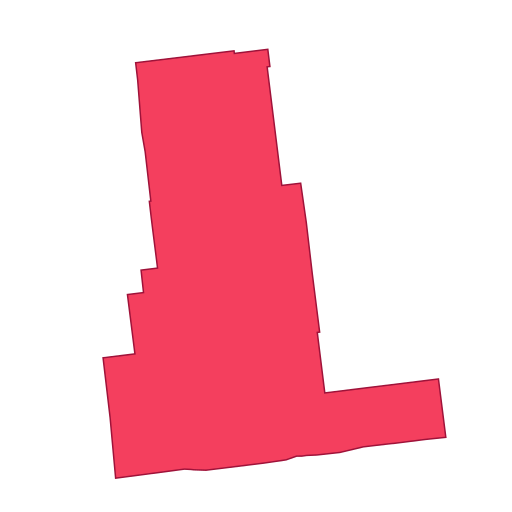 the district of Park, Montana, United States of America, rotated 353°
{"feature_id": "52423323B27264178568267", "entity_name": "Park", "entity_type": "district", "adm_level": 2, "iso_a3": "USA", "parent_name": "United States of America", "parent_adm1": "Montana", "projection": "equal_earth", "projection_center": [-110.469, 45.592], "detail": "fine", "context": "isolated", "style": "filled", "palette": "rose", "viewbox_px": 512, "rotation_deg": 353, "n_neighbors": 0, "source": "geoboundaries", "source_scale": "gbopen_adm2", "svg_char_len": 807}
<svg xmlns="http://www.w3.org/2000/svg" viewBox="0 0 512 512"><g transform="rotate(353 256 256)"><path d="M89.6,459.4L89.8,459.4L159.0,458.8L165.3,459.9L168.2,460.6L180.3,462.5L221.1,462.5L222.5,462.5L238.3,462.5L261.0,462.0L271.8,459.6L277.3,460.2L282.0,460.1L292.0,460.9L315.3,461.2L339.2,458.5L361.6,458.6L361.8,458.6L368.2,458.7L369.9,458.8L401.8,458.7L422.3,459.1L422.1,402.0L422.1,400.3L351.2,400.3L307.6,400.3L307.5,339.3L309.9,339.3L309.7,280.3L310.0,228.8L309.2,189.2L290.2,189.1L290.1,69.6L292.9,69.6L292.9,52.3L259.2,52.3L259.2,49.7L160.1,49.5L160.0,66.9L157.7,119.3L158.7,139.0L158.3,188.7L156.8,188.7L156.7,203.6L156.7,217.7L156.8,248.1L156.8,256.0L140.2,256.0L139.9,278.6L123.7,278.6L123.9,338.4L91.8,338.4L91.5,398.8L89.6,459.4Z" fill="#f43f5e" stroke="#9f1239" stroke-width="1.5"/></g></svg>